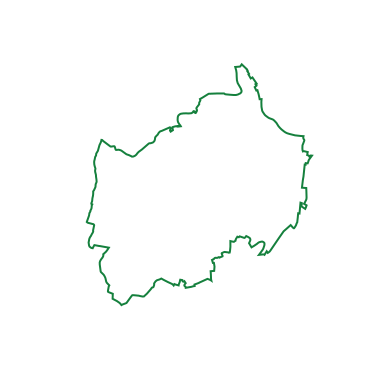 Kim Bang, Hà Nam, Vietnam (orthographic projection), rotated 35°
{"feature_id": "81297802B80649611591308", "entity_name": "Kim Bang", "entity_type": "district", "adm_level": 2, "iso_a3": "VNM", "parent_name": "Vietnam", "parent_adm1": "Hà Nam", "projection": "orthographic", "projection_center": [105.849, 20.571], "detail": "fine", "context": "isolated", "style": "outline", "palette": "green", "viewbox_px": 384, "rotation_deg": 35, "n_neighbors": 0, "source": "geoboundaries", "source_scale": "gbopen_adm2", "svg_char_len": 6044}
<svg xmlns="http://www.w3.org/2000/svg" viewBox="0 0 384 384"><g transform="rotate(35 192 192)"><path d="M251.3,82.3L249.0,83.7L243.9,86.5L238.4,88.6L236.2,89.3L234.3,89.6L232.4,89.6L229.4,89.4L227.5,89.1L225.1,88.5L221.6,87.0L219.8,86.6L218.2,86.3L217.3,86.2L216.3,86.3L213.7,87.0L212.3,87.3L210.7,87.3L208.1,87.2L206.9,86.9L203.8,85.7L202.8,85.1L200.1,82.4L199.2,81.2L197.2,78.5L195.7,76.0L194.2,77.2L193.2,76.2L190.6,73.8L187.2,71.1L186.5,72.0L183.2,70.1L183.8,67.9L182.2,67.3L182.9,66.2L175.8,63.5L175.0,65.3L170.8,63.3L171.0,62.5L168.2,61.4L168.3,60.9L166.7,60.3L166.7,60.0L159.5,58.9L159.5,61.5L159.3,61.8L155.7,64.8L158.4,67.0L160.3,69.0L162.4,71.8L164.7,74.7L167.0,76.6L172.6,79.2L174.5,80.6L175.1,81.6L175.1,82.9L174.9,83.7L174.6,84.1L173.7,85.8L172.4,87.3L171.6,87.9L170.4,88.7L167.2,90.6L163.7,92.6L163.0,92.9L161.8,92.9L155.9,97.0L149.3,102.0L146.4,108.8L145.2,111.3L146.2,112.0L146.5,113.2L146.6,114.3L146.7,114.8L147.0,115.3L147.6,116.0L147.4,120.0L147.5,120.7L147.7,121.1L148.8,121.8L149.4,122.5L149.6,123.3L149.7,124.2L149.7,125.2L149.5,125.3L148.6,125.4L148.3,124.4L148.0,124.4L147.7,124.5L147.5,124.9L146.9,125.0L146.9,125.8L146.7,127.0L146.3,127.8L144.3,129.5L141.8,131.1L139.7,132.7L138.2,134.1L137.7,134.7L137.3,135.7L137.0,136.8L137.0,137.5L137.2,138.3L137.5,139.0L138.6,140.8L139.3,141.7L140.3,142.6L141.2,143.1L142.8,143.8L144.3,144.2L145.1,144.6L143.3,146.2L143.0,145.7L142.3,146.2L142.6,146.6L140.7,147.7L138.8,150.1L138.9,150.4L140.9,152.3L139.9,154.8L138.7,154.3L138.5,153.9L138.4,153.1L138.2,152.5L138.0,152.0L137.3,151.8L136.8,151.7L133.5,157.1L132.1,159.4L131.6,160.0L131.2,160.6L131.0,161.3L130.8,162.6L131.0,164.8L130.7,166.1L130.5,168.3L131.5,170.3L131.9,171.5L131.9,172.1L131.8,173.0L131.5,174.0L130.1,175.8L129.2,176.5L128.8,177.1L127.7,181.5L127.0,184.3L126.6,185.9L125.3,189.7L125.0,191.8L125.0,193.3L124.6,194.8L124.2,195.6L123.5,196.7L122.7,197.3L122.4,197.5L121.8,197.5L119.0,198.0L117.4,198.5L116.5,198.7L110.4,198.6L109.1,198.9L107.7,199.4L105.7,201.1L105.0,201.0L102.9,199.3L102.4,199.1L101.9,199.2L101.2,199.8L99.6,201.3L99.0,201.5L90.3,201.2L88.1,200.9L87.8,200.7L87.6,200.4L88.6,202.8L89.0,204.6L89.3,206.6L90.6,210.3L91.0,211.4L91.3,212.3L91.5,215.1L91.6,215.7L92.4,217.0L92.5,217.4L92.5,218.3L92.6,218.8L93.0,219.8L93.6,221.1L94.2,222.8L94.9,223.9L96.2,225.5L97.4,226.6L99.3,228.1L99.6,228.4L100.1,229.7L101.1,231.0L103.5,233.1L104.6,234.5L106.5,236.5L107.9,238.2L108.2,238.9L108.5,240.4L108.9,241.4L109.8,242.8L110.1,243.5L110.7,246.8L110.7,248.1L110.9,248.5L111.4,249.1L112.3,250.5L113.1,252.0L114.0,254.2L115.5,256.9L116.0,258.9L116.3,259.4L117.4,259.3L117.6,260.5L118.9,262.7L119.3,264.0L119.4,264.8L119.4,265.5L119.9,266.2L120.1,268.3L120.3,268.5L121.2,270.4L123.0,276.9L123.8,277.0L124.8,276.8L126.3,276.2L129.8,274.9L130.6,275.1L130.9,275.3L133.0,280.2L133.7,281.0L134.0,282.2L134.1,284.0L134.4,286.0L134.4,287.6L134.5,288.2L134.8,289.4L136.3,292.7L138.4,294.9L138.9,295.2L139.4,295.5L140.9,295.6L141.8,295.5L142.9,295.0L142.7,293.8L142.5,291.5L146.7,289.6L147.8,289.0L155.8,285.3L155.9,288.1L155.8,290.2L155.2,293.0L155.0,293.5L155.0,293.9L155.4,294.2L156.1,295.6L156.3,297.1L156.2,298.1L156.2,299.9L156.4,301.5L156.7,302.3L156.9,302.8L158.1,304.4L162.7,309.4L163.3,309.8L166.9,310.4L167.5,310.6L168.6,311.1L169.7,311.7L170.6,312.3L173.1,314.6L174.0,315.1L174.6,315.3L177.8,315.9L178.0,317.2L179.8,321.1L180.2,321.7L180.5,321.9L181.4,321.8L185.5,320.8L188.2,325.0L193.1,324.4L194.9,324.4L196.2,324.4L197.4,324.6L199.1,325.1L199.6,324.0L201.5,321.3L202.0,320.5L202.1,313.8L202.2,311.1L202.4,310.7L203.9,309.7L207.8,307.5L209.4,306.9L211.4,306.0L212.5,305.2L213.4,301.1L214.0,295.2L214.0,293.4L214.8,292.3L214.9,291.8L214.3,289.8L214.0,289.4L213.5,288.8L213.4,288.4L213.4,286.1L213.9,284.4L215.6,282.2L216.5,280.5L219.5,280.2L223.9,279.6L228.2,278.8L229.4,278.8L230.6,279.1L230.4,277.5L231.4,277.3L234.6,276.2L234.2,275.4L233.5,272.5L233.0,271.5L232.7,270.6L234.6,269.7L235.1,270.3L235.8,270.5L236.3,270.5L236.6,270.2L236.9,269.4L239.1,270.3L239.0,271.7L239.1,272.5L239.3,272.9L239.7,273.2L241.2,273.4L241.8,274.1L242.8,273.1L245.9,270.0L246.9,268.7L248.1,267.5L247.1,266.4L249.8,262.5L249.9,262.1L252.1,258.4L254.5,254.3L256.3,253.8L257.9,253.5L258.7,253.5L257.7,252.6L254.5,248.4L252.7,246.2L255.4,243.9L253.3,240.3L252.0,238.9L250.6,237.5L249.8,238.1L247.4,236.2L247.8,235.7L247.8,235.2L248.3,234.5L248.4,233.4L248.7,232.7L249.1,232.3L250.2,231.7L250.4,231.5L251.4,229.9L251.6,229.9L252.1,230.0L253.9,227.2L253.7,226.8L252.3,225.9L251.5,225.2L251.5,224.9L252.8,222.7L253.1,222.4L255.0,221.4L256.3,220.7L256.8,220.7L257.6,220.0L257.0,218.6L254.9,214.9L251.6,210.2L253.8,209.3L254.9,208.8L255.2,207.8L255.6,207.0L255.1,206.0L254.9,205.0L254.8,202.6L256.0,202.3L256.3,202.2L256.5,201.0L261.2,199.6L261.3,199.5L261.6,198.8L261.7,197.0L263.6,196.7L265.0,196.6L266.1,196.7L266.4,196.9L266.9,197.3L267.3,197.8L267.6,198.6L268.1,201.2L272.5,203.2L273.8,200.3L275.0,197.1L275.3,195.9L275.6,195.1L276.0,194.4L277.2,193.0L278.0,192.3L278.8,192.1L279.6,192.1L280.1,192.1L280.7,192.4L281.1,192.9L281.7,193.8L282.1,194.9L282.9,197.6L283.0,198.5L283.0,201.4L282.9,205.1L286.1,202.3L286.8,201.9L287.4,201.9L287.2,197.7L289.0,198.4L289.3,197.6L289.7,196.5L289.8,195.2L289.6,179.8L289.6,171.6L290.5,168.0L291.8,162.5L295.1,163.3L296.2,163.3L296.4,163.1L296.4,162.9L296.4,161.1L296.2,159.3L295.7,157.7L295.6,156.5L293.2,152.1L291.7,149.5L291.2,148.5L292.4,148.0L290.3,144.3L287.0,138.5L288.3,138.1L289.9,141.0L294.4,140.9L294.1,139.2L293.5,137.2L290.5,137.4L290.5,136.3L290.1,133.5L289.8,132.2L289.0,130.8L285.5,126.1L283.3,123.2L279.6,125.4L276.0,118.7L274.5,115.5L268.6,104.9L269.4,104.5L268.6,103.1L269.8,102.5L270.3,102.2L269.9,100.6L269.4,99.2L269.3,98.1L269.4,93.4L268.3,94.0L267.9,94.7L267.6,95.6L266.9,95.3L266.4,95.3L265.2,95.7L264.5,94.4L263.9,92.9L260.6,94.2L259.9,94.6L259.6,95.1L259.2,94.8L258.6,94.4L257.5,93.1L256.7,91.9L255.8,90.5L255.6,89.9L255.4,88.9L254.5,85.5L254.3,85.2L254.0,84.9L252.7,84.4L251.9,83.6L251.6,83.0L251.3,82.3Z" fill="none" stroke="#15803d" stroke-width="2"/></g></svg>